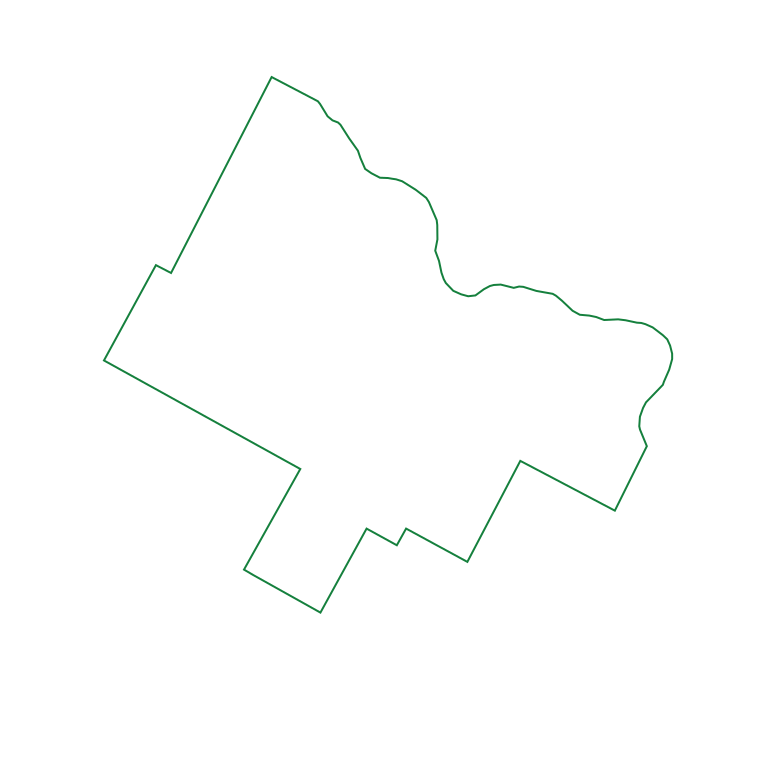 Gallia, Ohio, United States of America, rotated 294°
{"feature_id": "52423323B24958589312778", "entity_name": "Gallia", "entity_type": "district", "adm_level": 2, "iso_a3": "USA", "parent_name": "United States of America", "parent_adm1": "Ohio", "projection": "robinson", "projection_center": [-82.227, 38.809], "detail": "fine", "context": "isolated", "style": "outline", "palette": "green", "viewbox_px": 768, "rotation_deg": 294, "n_neighbors": 0, "source": "geoboundaries", "source_scale": "gbopen_adm2", "svg_char_len": 1162}
<svg xmlns="http://www.w3.org/2000/svg" viewBox="0 0 768 768"><g transform="rotate(294 384 384)"><path d="M156.3,342.2L149.3,418.9L244.8,426.9L241.9,461.3L260.9,463.0L255.4,532.5L369.2,539.8L362.2,646.4L434.1,649.4L446.5,636.4L449.2,634.4L458.2,631.1L467.5,630.4L473.8,630.8L496.7,639.1L499.8,638.8L513.1,638.7L524.0,637.1L528.9,634.9L535.5,629.7L540.0,624.6L542.0,619.0L545.0,606.4L545.0,598.5L544.4,594.2L542.9,590.1L540.5,578.8L538.3,571.6L532.0,559.1L531.5,550.6L530.0,543.7L526.9,534.7L527.6,526.5L532.5,512.6L534.6,505.2L535.0,501.4L532.9,493.0L531.0,485.3L529.4,471.7L528.0,467.8L524.6,463.4L522.3,450.2L519.1,444.0L516.6,440.9L511.2,436.7L502.1,431.5L498.4,425.2L497.3,418.0L497.3,409.4L501.4,399.4L504.1,395.9L509.1,391.2L518.8,384.2L526.6,376.6L537.8,374.0L550.9,368.0L555.1,365.5L568.5,351.0L571.2,346.9L574.3,334.1L576.6,318.1L575.9,311.8L574.8,307.9L573.8,303.9L570.8,296.4L571.4,286.8L572.8,279.3L580.9,270.5L586.5,265.3L594.2,252.3L603.1,238.8L604.2,235.7L603.9,229.7L605.6,223.6L613.8,211.7L615.4,208.6L618.7,156.5L398.8,144.3L399.8,127.3L291.6,118.6L272.3,342.1L157.5,331.6L156.3,342.2Z" fill="none" stroke="#15803d" stroke-width="2"/></g></svg>